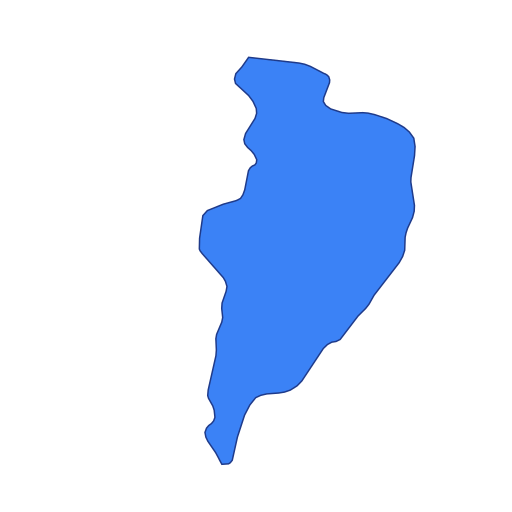 outline of Guairá, rotated 125°
{"feature_id": "PRY-608", "entity_name": "Guairá", "entity_type": "Department", "adm_level": 1, "iso_a3": "PRY", "parent_name": "Paraguay", "parent_adm1": "", "projection": "albers", "projection_center": [-56.21, -25.878], "detail": "fine", "context": "isolated", "style": "filled", "palette": "blue", "viewbox_px": 512, "rotation_deg": 125, "n_neighbors": 0, "source": "natural_earth", "source_scale": "10m", "svg_char_len": 1633}
<svg xmlns="http://www.w3.org/2000/svg" viewBox="0 0 512 512"><g transform="rotate(125 256 256)"><path d="M179.4,134.9L220.4,136.8L230.7,135.8L236.0,136.1L246.7,138.0L276.1,139.2L280.1,141.4L283.1,144.5L287.5,146.7L293.1,147.8L332.1,146.8L338.8,147.9L346.2,151.0L351.1,154.6L355.2,158.8L362.8,168.1L367.4,172.2L372.2,175.0L381.5,175.6L392.9,174.1L414.9,167.4L436.9,158.3L440.1,158.5L442.0,159.3L446.2,164.5L444.0,168.9L443.0,170.7L440.2,176.3L435.4,189.1L433.1,193.2L429.8,196.6L425.4,197.8L422.0,197.5L418.8,196.4L415.4,196.1L411.7,197.1L406.3,201.8L403.6,205.4L399.8,213.3L398.0,215.5L393.2,218.3L360.7,231.6L355.8,234.5L346.8,241.4L342.8,243.3L329.8,246.1L325.5,248.0L318.6,254.0L314.0,256.8L302.1,260.2L297.6,262.3L294.3,266.5L292.5,270.3L284.9,301.4L283.8,304.8L283.4,305.4L282.8,306.4L273.8,312.4L253.4,322.7L246.7,321.9L232.3,312.5L222.4,304.3L220.7,303.2L217.7,301.7L213.4,301.8L208.2,303.2L190.4,311.1L187.0,311.3L184.4,310.6L182.1,309.2L179.7,309.1L176.7,310.6L173.8,315.7L172.5,320.3L171.9,325.1L170.5,329.6L167.6,332.7L161.6,334.8L143.9,335.7L138.8,337.3L135.0,340.4L131.1,347.1L128.8,354.0L126.4,371.7L123.4,375.1L118.2,377.1L109.1,376.0L97.5,376.0L73.2,331.3L71.0,326.1L69.5,320.2L67.5,304.9L67.2,304.0L67.0,301.8L67.4,299.3L69.5,296.6L71.9,295.2L87.4,291.3L90.9,289.4L92.7,285.2L92.7,279.2L89.2,268.0L86.0,262.0L77.4,250.8L74.7,246.2L72.2,240.1L68.4,227.5L66.3,215.2L65.8,208.2L66.5,201.5L69.0,194.3L75.1,188.5L82.9,183.7L102.9,174.0L106.5,171.7L123.7,155.2L128.6,152.1L134.8,149.8L146.2,147.8L150.9,146.4L155.1,144.6L166.0,137.5L172.3,135.6L179.4,134.9Z" fill="#3b82f6" stroke="#1e3a8a" stroke-width="1.5"/></g></svg>